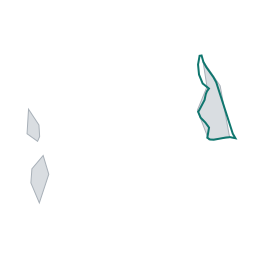 where Saint Croix sits in United States Virgin Islands, rotated 261°
{"feature_id": "VIR-4870", "entity_name": "Saint Croix", "entity_type": "state/province", "adm_level": 1, "iso_a3": "VIR", "parent_name": "United States Virgin Islands", "parent_adm1": "", "projection": "robinson", "projection_center": [-64.734, 17.738], "detail": "fine", "context": "in_parent", "style": "outline", "palette": "teal", "viewbox_px": 256, "rotation_deg": 261, "n_neighbors": 0, "source": "natural_earth", "source_scale": "10m", "svg_char_len": 755}
<svg xmlns="http://www.w3.org/2000/svg" viewBox="0 0 256 256"><g transform="rotate(261 128 128)"><path d="M134.7,199.3L156.4,212.5L182.7,212.5L155.2,225.6L102.7,226.9L103.8,205.9L134.7,199.3ZM114.1,39.9L94.7,42.5L67.9,28.7L89.0,23.5L102.7,26.7L114.1,39.9ZM162.1,32.7L144.9,40.5L133.4,39.4L129.0,36.6L138.1,27.4L162.1,32.7Z" fill="#d9dde1" stroke="#a8b0b8" stroke-width="1"/><path d="M188.1,212.0L181.4,212.8L175.9,214.8L164.9,220.3L159.3,222.3L106.0,230.6L101.1,232.5L103.0,227.4L103.3,223.1L103.0,210.9L103.8,207.2L106.0,204.8L115.7,208.1L121.2,205.3L126.9,201.3L133.1,199.8L133.8,200.6L143.7,208.0L149.2,210.1L151.9,211.7L154.3,214.1L160.3,208.7L169.6,206.5L179.7,207.1L188.1,210.0L188.1,212.0Z" fill="none" stroke="#0f766e" stroke-width="2"/></g></svg>